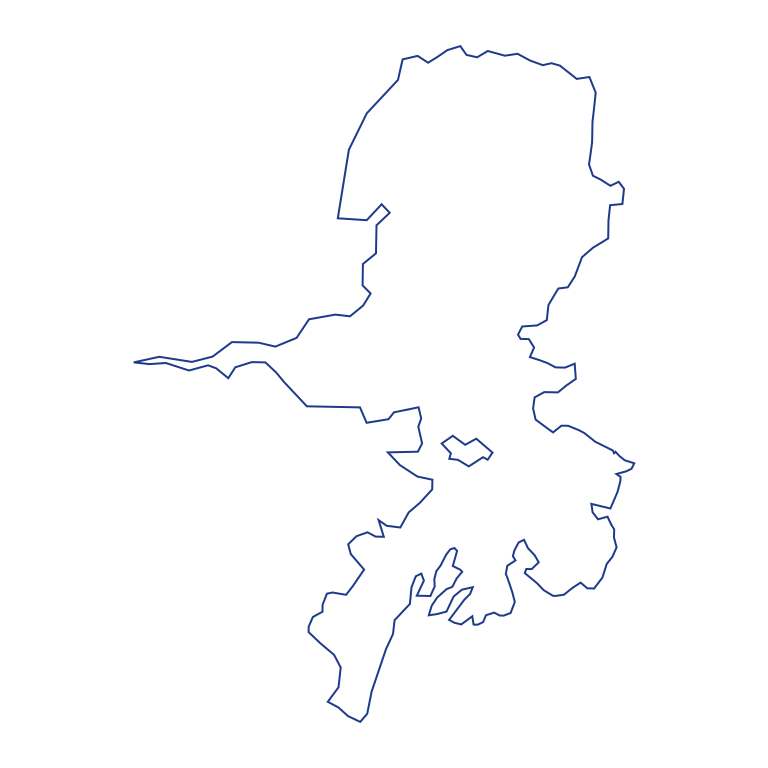 outline of Kattakurgan, Samarkand, Uzbekistan
{"feature_id": "79887680B42303592957509", "entity_name": "Kattakurgan", "entity_type": "district", "adm_level": 2, "iso_a3": "UZB", "parent_name": "Uzbekistan", "parent_adm1": "Samarkand", "projection": "orthographic", "projection_center": [66.271, 39.924], "detail": "fine", "context": "isolated", "style": "outline", "palette": "blue", "viewbox_px": 768, "rotation_deg": 0, "n_neighbors": 0, "source": "geoboundaries", "source_scale": "gbopen_adm2", "svg_char_len": 3193}
<svg xmlns="http://www.w3.org/2000/svg" viewBox="0 0 768 768"><path d="M616.6,547.4L614.0,537.6L614.2,529.3L611.5,525.1L607.5,516.7L598.0,519.3L592.6,512.3L591.4,503.9L610.4,508.5L617.5,492.0L620.4,481.0L620.5,476.8L616.4,474.0L626.0,471.4L631.5,468.8L634.3,463.3L624.8,460.3L619.5,456.1L615.5,451.8L614.1,453.2L612.8,450.5L595.2,441.7L584.4,433.1L579.0,430.2L568.2,425.8L561.4,425.7L553.1,432.4L549.1,429.6L535.6,419.6L533.1,408.5L534.6,397.4L544.3,392.1L557.9,392.4L566.2,385.6L575.8,378.9L574.7,363.7L565.1,367.6L555.6,367.4L547.5,363.1L539.4,360.1L529.9,357.1L534.1,347.5L528.8,339.1L520.6,338.9L518.0,334.7L522.2,326.5L537.2,325.4L546.8,320.1L548.5,304.9L558.3,288.5L567.8,287.3L574.8,276.4L582.0,257.2L593.0,247.7L608.2,238.4L608.5,220.4L610.1,205.2L622.4,204.0L624.0,188.8L618.7,181.8L610.4,185.8L600.7,179.6L592.9,175.7L589.0,164.5L590.5,154.2L592.1,142.4L592.5,121.7L594.1,107.9L595.7,92.7L589.4,77.0L576.7,78.9L559.9,65.6L551.4,63.2L542.9,65.2L530.2,60.6L517.6,53.8L504.8,55.7L487.8,51.0L477.1,57.3L466.5,54.9L460.3,46.1L447.4,50.1L436.9,57.3L428.1,62.7L417.6,55.9L402.6,59.4L398.0,79.9L366.8,113.3L348.9,149.7L337.8,218.3L366.7,220.2L381.6,204.3L389.7,212.8L376.5,225.3L376.0,253.3L362.9,264.0L362.6,285.4L370.6,293.5L363.1,305.6L350.0,316.3L335.3,314.6L309.0,319.3L296.6,337.9L275.3,346.6L258.6,342.7L231.9,342.1L212.6,356.6L191.9,361.9L159.2,356.8L133.7,362.4L149.5,364.1L165.9,363.0L189.0,370.5L208.1,365.3L216.2,368.3L228.3,378.2L235.3,367.3L251.8,362.1L265.4,362.4L276.1,372.4L284.2,382.2L306.9,406.3L360.0,407.4L366.6,422.8L388.5,419.2L394.0,412.3L418.6,407.3L421.2,418.5L418.3,426.7L422.1,443.4L417.9,451.7L387.9,452.4L399.9,465.1L417.5,476.6L432.4,479.7L432.2,489.4L419.8,502.9L408.7,512.4L400.3,527.5L386.7,525.8L378.6,520.1L383.8,536.8L375.6,536.6L367.5,532.3L356.5,536.2L348.2,544.3L350.8,554.1L364.1,569.6L352.9,586.0L346.1,594.8L332.4,592.5L326.9,593.7L322.6,604.7L322.5,611.7L312.9,617.0L308.7,626.6L308.6,632.1L320.6,643.5L334.1,654.9L340.7,667.5L338.5,687.3L327.8,701.8L338.6,707.6L348.0,716.1L360.2,721.9L367.2,713.8L371.6,691.7L386.0,649.1L393.0,634.0L394.6,620.2L409.9,603.9L411.5,587.3L414.2,580.3L415.8,576.3L421.3,573.6L423.9,580.6L416.8,595.7L430.4,596.0L434.7,586.4L434.3,579.3L436.3,571.2L440.5,565.7L446.1,554.8L450.3,549.3L454.4,548.0L457.1,550.9L452.8,566.0L460.4,569.8L462.2,571.8L460.3,574.0L456.6,578.5L452.4,586.8L446.6,589.1L437.2,597.5L431.7,605.7L428.8,615.3L436.9,614.1L446.5,611.6L453.6,596.5L461.9,589.7L472.8,587.2L470.0,594.1L464.5,599.5L449.1,619.9L454.5,622.8L461.3,624.4L472.3,616.3L473.6,624.6L477.7,624.7L483.1,622.1L486.0,615.2L494.2,612.6L499.6,615.5L503.7,615.6L510.6,613.0L514.8,602.0L512.3,592.2L507.1,576.9L505.8,574.1L507.3,565.8L515.5,560.4L512.9,556.2L514.3,550.7L515.7,548.0L518.6,542.5L524.0,539.8L528.0,548.2L534.7,555.3L538.7,562.3L531.7,569.1L526.3,569.0L524.8,573.1L536.9,583.1L543.6,590.1L553.1,595.9L555.8,595.9L564.0,594.7L572.3,588.0L580.6,582.6L587.3,588.3L594.1,588.5L602.4,577.6L606.8,563.8L612.3,557.0L616.6,547.4ZM452.8,435.8L465.2,444.8L476.3,438.7L492.5,452.6L487.7,459.7L483.0,457.2L468.8,466.4L457.9,459.8L449.3,458.8L450.9,453.3L441.7,443.5L452.8,435.8Z" fill="none" stroke="#1e3a8a" stroke-width="2"/></svg>